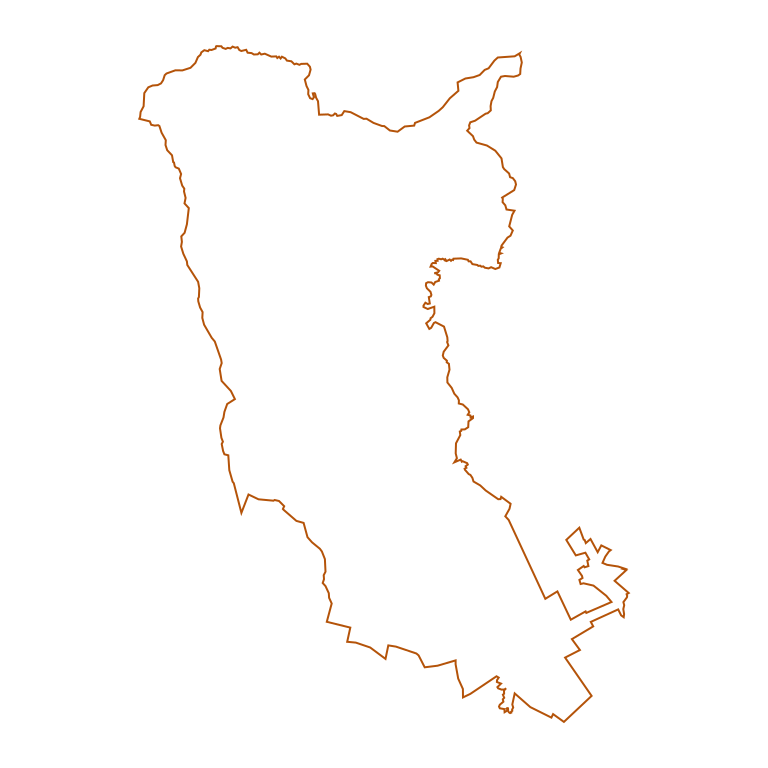 the district of Sanzieni, Covasna, Romania
{"feature_id": "2599482B84054601093949", "entity_name": "Sanzieni", "entity_type": "district", "adm_level": 2, "iso_a3": "ROU", "parent_name": "Romania", "parent_adm1": "Covasna", "projection": "orthographic", "projection_center": [26.129, 46.084], "detail": "fine", "context": "isolated", "style": "outline", "palette": "amber", "viewbox_px": 768, "rotation_deg": 0, "n_neighbors": 0, "source": "geoboundaries", "source_scale": "gbopen_adm2", "svg_char_len": 6034}
<svg xmlns="http://www.w3.org/2000/svg" viewBox="0 0 768 768"><path d="M624.8,568.7L618.1,566.5L607.0,564.8L602.5,562.9L605.3,556.6L608.9,551.5L610.7,550.1L601.3,545.4L597.7,552.2L590.5,539.0L585.8,543.1L584.7,540.0L583.7,539.6L579.3,527.7L566.3,539.9L575.8,555.4L585.4,552.7L589.2,559.4L587.3,560.6L588.4,566.1L584.6,567.3L583.7,566.0L577.9,570.0L582.0,575.9L582.5,578.0L579.4,579.9L580.6,584.0L583.5,583.3L593.5,585.6L606.3,595.8L611.5,602.0L586.3,612.9L585.6,611.4L570.8,619.7L557.4,591.4L545.3,598.8L508.7,520.0L505.3,516.3L509.5,508.8L510.6,503.8L501.2,496.8L500.5,499.1L498.2,499.2L485.7,490.5L480.2,485.4L473.5,481.5L472.4,477.9L470.4,474.9L468.7,474.1L464.9,469.7L464.6,468.7L466.4,467.8L465.6,466.2L467.8,464.6L467.2,463.2L462.6,461.2L461.8,461.7L460.7,459.6L454.4,462.3L456.9,458.2L455.7,453.4L456.0,443.3L460.3,435.1L459.8,431.5L461.2,430.9L461.4,429.5L464.8,429.4L468.2,427.2L468.5,421.4L473.0,418.1L473.0,416.5L470.6,417.4L470.4,415.5L467.7,414.8L469.3,412.3L468.0,409.3L462.8,404.5L458.8,403.5L458.9,400.3L457.6,397.4L454.3,393.7L451.7,387.9L447.4,382.5L447.3,377.3L449.5,369.7L448.9,363.8L446.7,362.3L446.9,360.7L443.7,357.9L442.8,355.5L443.7,351.7L448.4,345.4L447.1,342.0L447.6,341.1L447.3,337.3L444.0,326.6L435.5,322.2L433.9,323.0L431.2,327.8L429.3,328.9L426.2,323.3L430.3,319.8L430.6,318.2L432.5,316.8L434.4,313.2L434.3,306.7L427.7,309.0L423.5,307.0L423.5,305.6L425.4,302.7L427.7,304.0L429.8,303.5L428.8,297.1L430.8,296.4L431.4,294.9L430.5,291.8L426.9,288.3L425.9,285.7L426.1,283.2L428.0,282.2L431.5,282.5L433.7,284.6L435.2,282.0L439.0,280.7L438.8,279.4L439.9,278.2L439.7,275.3L437.4,274.7L436.6,273.5L434.3,273.2L438.0,272.3L439.2,270.8L432.6,266.4L430.6,266.6L431.7,263.9L432.8,263.0L435.8,263.1L435.4,260.9L437.6,260.8L437.4,259.2L438.8,258.7L441.1,259.3L442.7,258.7L444.2,259.7L445.2,259.1L445.7,259.8L445.3,260.6L446.5,261.1L449.7,259.5L451.0,260.8L452.2,259.7L453.1,260.0L453.5,258.7L461.2,258.4L467.9,259.8L468.6,261.3L470.5,261.3L472.4,264.1L477.4,265.0L478.3,265.9L480.3,265.7L481.4,266.7L483.3,266.4L484.8,267.7L488.6,268.4L491.1,267.2L495.3,269.0L499.4,267.5L500.7,263.2L498.1,263.0L497.8,259.8L498.7,258.3L498.8,254.4L501.1,253.4L499.2,252.8L500.7,248.7L502.4,247.4L501.2,247.0L501.6,245.5L507.5,237.6L510.5,235.7L512.8,230.5L509.2,226.4L512.2,214.8L514.5,210.7L506.5,209.5L505.3,205.3L502.6,202.2L502.8,198.7L502.1,197.6L514.2,190.1L516.0,184.5L515.2,181.2L512.8,178.1L510.1,177.2L509.1,173.5L504.2,169.1L502.9,167.1L501.5,158.4L495.3,150.7L486.9,145.5L476.5,142.6L474.2,139.6L473.0,136.2L467.2,130.7L469.5,128.1L469.1,125.4L470.3,122.3L475.1,120.7L485.6,113.7L487.7,113.2L490.8,110.4L490.6,106.1L491.5,101.1L493.2,97.9L494.8,91.5L497.1,87.1L497.8,82.0L501.0,76.7L505.0,76.0L513.7,76.7L518.1,75.5L520.2,74.0L520.5,68.6L521.8,62.5L520.6,56.9L519.2,54.4L519.8,53.2L514.7,56.3L497.8,57.5L494.4,60.6L488.6,68.3L484.7,69.9L479.7,75.0L473.5,77.2L465.4,78.5L457.6,82.4L458.4,90.8L449.8,98.3L442.8,107.2L438.7,110.9L429.4,117.3L415.0,122.9L414.2,125.6L404.7,126.5L397.6,131.7L389.9,130.5L384.3,126.1L382.0,126.0L373.5,122.9L366.5,118.7L363.7,118.9L350.7,112.2L344.3,111.1L341.7,115.1L337.2,115.9L336.2,114.0L334.9,113.5L333.1,115.3L331.0,115.7L328.1,114.4L319.1,114.7L318.0,101.2L316.1,97.7L315.2,94.1L314.6,93.2L312.8,93.4L313.9,97.3L312.6,99.1L310.1,98.2L308.2,94.2L308.4,89.9L306.5,86.0L304.8,79.5L309.0,75.3L310.6,69.6L309.9,66.7L307.2,63.7L301.2,63.9L299.4,64.8L296.3,63.6L294.4,64.3L291.4,61.3L286.9,60.6L285.3,58.4L281.9,56.7L280.6,58.5L279.0,56.7L277.3,58.0L276.3,56.4L271.3,56.6L264.8,53.7L261.2,54.5L259.4,52.7L257.8,54.3L253.9,54.5L251.6,53.1L247.6,52.7L246.2,49.8L241.3,51.0L239.3,50.0L237.6,47.2L235.2,47.7L232.6,46.6L230.5,48.4L227.7,47.9L225.7,48.9L222.5,47.8L221.4,46.3L216.6,46.1L216.0,46.4L215.6,48.5L211.5,50.0L209.3,49.7L208.1,51.2L204.3,50.2L201.3,52.4L200.5,54.7L197.9,57.1L195.4,62.9L190.5,67.8L182.4,70.4L175.4,70.3L166.5,73.5L164.7,75.2L163.1,80.2L161.0,83.4L157.7,85.1L152.6,85.5L148.3,87.3L144.3,93.1L143.6,106.3L140.6,112.0L140.1,116.9L139.3,118.8L149.8,121.4L151.2,124.8L154.8,125.6L158.2,125.2L159.4,126.0L161.6,132.7L165.8,140.2L165.5,145.0L167.2,150.2L172.0,155.3L173.2,162.1L174.0,162.5L174.7,166.0L175.6,167.3L178.8,168.6L181.1,174.0L180.0,178.2L182.2,185.6L184.3,188.7L184.0,191.4L185.6,197.9L184.5,203.4L188.8,208.1L186.9,224.3L184.6,232.8L181.3,236.4L181.9,241.9L181.1,246.5L183.3,253.7L186.9,261.4L187.3,265.0L198.1,281.8L199.3,288.2L198.9,297.0L198.1,298.6L198.3,301.4L200.1,307.5L202.6,312.1L202.3,317.9L204.1,324.7L211.7,337.8L214.8,341.5L221.1,359.6L221.7,363.1L219.7,369.0L221.6,380.9L230.9,391.0L234.9,399.1L227.2,404.0L224.4,411.9L223.5,417.5L220.4,425.4L220.0,428.3L221.4,437.8L222.9,441.7L221.7,444.0L223.1,451.0L224.4,454.3L228.3,455.3L229.3,470.2L232.6,481.7L233.8,483.2L241.4,512.9L248.5,494.5L258.5,499.3L273.5,500.7L274.6,500.0L279.0,501.0L284.2,506.2L282.9,509.0L283.7,509.9L296.4,520.9L303.6,522.9L307.5,537.2L312.0,542.3L319.9,548.8L321.9,551.5L324.9,559.1L325.5,571.7L323.7,575.2L324.0,579.2L322.7,583.0L325.5,586.1L328.8,593.2L329.1,597.8L331.7,603.5L326.8,621.8L350.3,627.6L347.2,641.8L355.8,642.6L370.2,647.5L385.5,658.9L388.3,645.4L395.9,646.6L416.4,653.5L418.6,655.4L424.7,667.3L437.6,665.7L455.6,660.4L455.6,664.3L458.2,678.6L462.9,689.0L463.0,697.4L470.3,693.9L496.5,676.3L498.7,677.6L497.0,680.2L496.9,682.0L501.0,683.6L497.4,687.1L498.1,688.3L501.5,689.6L504.4,689.5L506.1,688.3L504.0,690.6L504.1,693.7L502.9,694.7L504.2,697.8L502.8,699.3L503.4,701.7L499.8,704.7L499.0,706.6L499.8,708.3L504.4,709.1L504.6,712.2L507.4,710.5L507.6,709.6L506.6,708.7L507.2,708.1L508.0,708.3L508.1,711.0L508.9,712.3L510.1,713.1L511.3,712.6L511.1,711.8L512.3,710.8L512.1,709.6L513.2,707.5L512.3,704.5L514.7,693.4L530.3,707.1L551.4,717.6L553.1,714.1L563.9,721.9L591.6,695.9L565.1,657.6L579.9,650.0L571.9,639.1L593.2,626.4L590.8,621.9L618.2,609.4L621.1,615.3L623.7,617.2L624.1,614.1L623.3,609.1L624.2,605.2L623.4,602.1L626.9,597.4L627.2,595.9L626.6,594.2L628.7,593.0L614.6,580.8L626.4,570.0L623.5,569.1L624.8,568.7Z" fill="none" stroke="#b45309" stroke-width="2"/></svg>